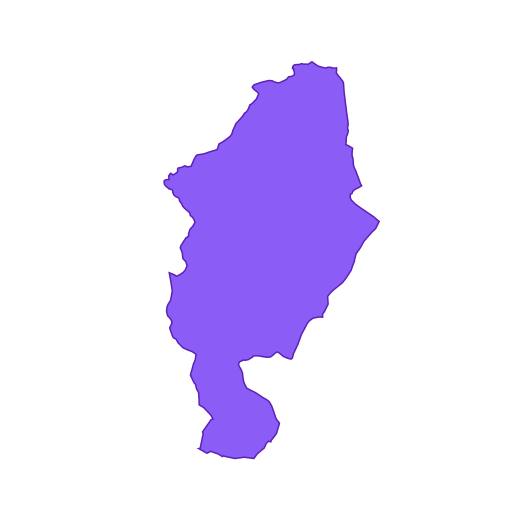 Hulu Sungai Tengah, Kalimantan Selatan, Indonesia, rotated 106°
{"feature_id": "22746128B20472072190374", "entity_name": "Hulu Sungai Tengah", "entity_type": "district", "adm_level": 2, "iso_a3": "IDN", "parent_name": "Indonesia", "parent_adm1": "Kalimantan Selatan", "projection": "natural_earth1", "projection_center": [115.446, -2.611], "detail": "fine", "context": "isolated", "style": "filled", "palette": "violet", "viewbox_px": 512, "rotation_deg": 106, "n_neighbors": 0, "source": "geoboundaries", "source_scale": "gbopen_adm2", "svg_char_len": 5211}
<svg xmlns="http://www.w3.org/2000/svg" viewBox="0 0 512 512"><g transform="rotate(106 256 256)"><path d="M188.3,147.1L188.7,147.3L187.3,150.6L185.8,153.8L184.9,156.6L184.3,158.3L184.1,159.1L183.3,161.5L180.7,169.4L179.5,172.7L179.1,173.7L178.6,175.1L175.9,179.9L175.1,180.6L174.8,180.8L174.5,181.0L173.1,181.8L171.8,182.0L171.1,182.1L170.3,182.2L169.7,181.1L169.3,180.9L168.6,180.9L167.6,181.0L166.7,180.4L166.4,180.3L166.2,180.1L165.4,179.7L164.8,179.3L164.0,178.5L163.6,178.0L162.3,176.5L159.4,173.8L157.5,175.7L155.4,177.1L153.1,178.8L150.5,180.7L148.7,182.2L147.8,182.6L144.5,185.5L141.4,187.6L138.6,188.4L135.1,190.0L132.3,191.6L128.2,192.5L125.8,192.8L125.3,194.6L125.1,195.6L124.7,196.7L124.5,197.4L124.2,200.4L123.4,200.5L121.5,200.8L118.9,201.4L116.1,202.0L114.8,201.7L113.3,201.6L112.6,201.6L110.1,201.8L109.2,202.4L107.7,203.3L106.2,203.5L104.6,203.5L100.9,204.9L92.7,208.6L88.3,210.4L85.0,211.9L74.1,216.5L65.3,219.7L64.3,220.6L64.1,220.9L64.0,221.0L63.4,221.6L63.3,221.8L62.4,223.1L61.5,224.2L60.7,225.5L60.2,226.3L59.7,226.9L59.4,227.3L58.3,228.7L57.4,229.4L55.9,229.7L54.9,229.7L53.8,230.1L52.9,230.5L53.2,231.0L53.9,232.5L54.1,234.4L54.1,236.7L54.7,238.5L55.1,239.6L56.1,240.4L56.4,244.8L56.3,246.6L56.4,247.5L56.4,247.8L56.3,248.4L56.1,249.5L55.3,251.8L53.9,255.8L54.0,255.9L56.0,257.6L57.5,259.0L57.8,261.5L58.4,262.4L58.6,265.6L59.7,266.5L59.8,266.9L60.1,267.7L60.3,268.3L61.4,271.4L61.9,271.9L62.1,272.1L62.7,272.5L63.4,272.8L64.2,272.8L64.8,272.6L65.3,272.7L65.6,272.6L65.6,271.7L66.0,271.2L66.9,271.3L67.9,270.2L69.5,269.5L71.2,269.2L73.2,270.7L74.8,274.1L77.2,275.1L77.8,275.3L81.7,279.7L81.8,279.8L82.8,281.0L83.5,282.5L83.6,284.3L83.6,285.6L83.4,287.4L83.1,288.8L83.1,289.2L83.6,291.1L83.7,291.9L87.2,298.2L91.9,305.0L93.7,305.9L94.8,306.1L96.3,304.1L98.5,299.0L99.4,298.2L104.7,298.8L105.0,298.9L110.7,301.9L112.3,303.5L116.5,303.9L118.3,304.3L120.3,305.1L120.5,305.2L121.6,306.3L122.5,306.6L123.9,306.9L125.8,307.7L127.5,308.4L128.0,308.7L130.0,309.6L134.2,311.8L138.7,312.4L141.7,312.9L144.0,312.8L145.9,313.0L146.0,313.0L148.2,313.9L151.3,316.2L152.9,317.4L155.5,319.5L158.5,322.5L163.4,322.6L164.6,322.9L169.4,330.4L170.7,332.0L172.8,335.4L172.8,335.6L175.1,340.5L176.1,341.2L180.8,342.3L181.0,342.3L187.6,343.1L189.4,347.0L189.2,347.5L189.0,347.9L188.9,348.8L189.1,349.6L190.2,350.7L191.3,351.9L192.7,354.8L193.0,355.1L194.1,355.4L194.9,355.1L195.1,355.0L195.6,354.8L196.8,354.7L198.1,355.4L200.8,357.9L200.8,358.5L200.4,359.5L200.2,360.1L200.0,360.6L200.2,361.1L200.6,361.2L202.0,361.6L203.2,362.1L203.3,362.0L206.4,360.6L207.3,363.3L208.7,364.9L210.0,364.9L210.9,364.4L212.4,363.7L213.7,361.9L214.7,359.7L215.5,358.0L215.4,356.2L215.4,355.4L215.5,355.0L215.5,354.8L216.3,354.1L217.6,353.6L218.4,353.0L219.4,352.3L220.3,351.2L220.8,350.2L221.2,348.8L221.2,347.8L221.2,347.6L221.9,345.8L223.0,345.2L224.3,344.6L226.4,341.7L226.9,341.3L228.1,340.4L229.6,338.3L232.0,333.2L232.4,332.3L233.3,331.2L234.5,330.8L235.3,330.1L236.3,327.6L238.2,325.6L240.2,324.0L241.7,324.2L243.0,324.5L245.1,325.1L248.6,326.8L251.1,326.9L253.4,326.9L254.0,326.8L255.7,326.3L257.9,328.4L266.3,330.9L269.0,331.1L272.9,328.0L278.7,325.5L281.0,321.7L284.2,319.7L285.8,319.7L288.8,320.1L291.4,321.2L293.3,322.7L295.3,324.5L296.4,325.8L296.7,326.1L297.4,326.7L296.5,329.5L296.0,334.8L303.7,331.0L312.5,326.9L317.3,326.4L322.0,325.9L326.6,327.2L329.0,327.5L332.8,327.0L334.6,326.4L337.9,324.4L339.1,322.2L341.8,319.0L344.2,318.4L349.0,319.2L356.4,313.9L357.4,312.7L358.0,309.9L360.8,307.1L364.3,301.0L365.1,296.3L365.5,291.1L367.0,286.4L369.3,286.3L370.7,286.1L372.0,285.9L372.8,285.8L377.3,286.4L379.2,286.3L379.5,286.3L388.6,286.2L391.8,283.4L395.0,280.5L395.7,279.1L395.8,279.1L396.7,278.5L396.8,278.3L399.8,276.7L400.9,275.7L401.0,275.6L401.6,275.1L401.8,274.9L402.4,274.3L403.2,273.5L410.4,270.9L414.7,269.7L416.1,264.6L421.2,255.8L424.4,252.4L425.8,254.1L439.8,258.9L442.1,257.6L442.6,257.7L456.2,256.7L456.9,258.0L458.4,252.0L459.1,248.8L456.3,245.7L456.8,237.4L458.1,233.1L457.3,232.7L456.5,220.6L452.7,211.9L451.2,202.2L445.7,200.2L438.2,195.1L433.3,194.5L430.6,192.9L430.5,190.5L429.2,190.6L421.1,187.4L412.2,187.3L410.2,187.4L408.4,189.8L408.3,190.0L407.2,191.4L405.8,192.7L404.3,193.6L402.8,194.7L400.7,196.1L395.9,199.5L392.4,203.1L391.1,206.3L390.8,207.9L390.4,209.3L390.0,211.0L389.4,212.7L388.8,214.5L387.4,219.1L386.3,225.4L385.8,227.4L385.3,228.8L382.6,231.3L380.2,233.2L376.0,235.2L372.1,236.8L369.0,239.2L366.9,241.6L364.9,243.0L362.4,242.7L360.9,241.1L359.5,239.4L359.1,237.4L357.7,234.8L354.5,231.8L352.6,230.7L351.1,225.2L350.9,221.7L350.2,217.2L349.1,214.3L347.0,212.6L344.5,211.1L342.5,209.5L342.5,208.0L343.3,205.7L345.0,202.1L345.5,197.8L345.6,195.2L345.2,193.5L343.9,192.9L342.2,193.0L339.2,193.0L329.5,191.4L323.7,191.0L319.0,190.7L306.6,188.1L303.7,186.9L300.1,184.1L297.6,179.4L296.6,176.2L296.5,175.1L295.7,175.2L293.7,176.0L290.6,174.9L282.4,173.4L282.1,173.5L275.1,176.0L271.2,174.4L267.6,172.4L257.8,165.5L253.2,163.6L243.4,160.6L238.9,160.4L238.6,160.4L233.8,159.9L233.4,160.2L226.5,160.4L224.8,159.9L223.7,159.5L219.1,157.9L212.6,156.5L207.5,154.2L200.7,150.9L197.2,148.8L196.0,148.4L188.8,147.1L188.3,147.1Z" fill="#8b5cf6" stroke="#5b21b6" stroke-width="1.5"/></g></svg>